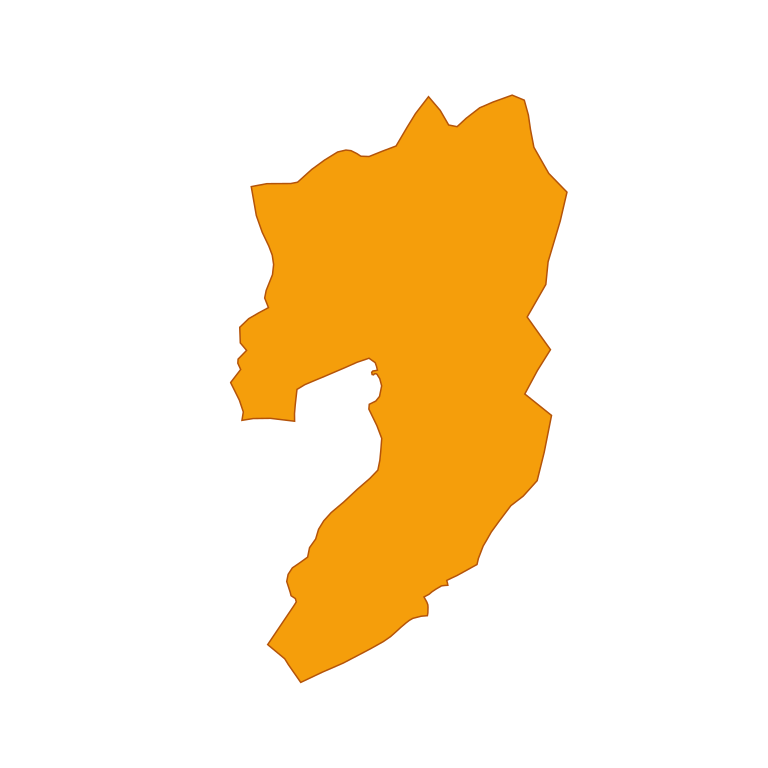 outline of Chanthabuly, Vientiane [prefecture], Laos, rotated 12°
{"feature_id": "54806243B69886470699230", "entity_name": "Chanthabuly", "entity_type": "district", "adm_level": 2, "iso_a3": "LAO", "parent_name": "Laos", "parent_adm1": "Vientiane [prefecture]", "projection": "mercator", "projection_center": [102.605, 17.997], "detail": "fine", "context": "isolated", "style": "filled", "palette": "amber", "viewbox_px": 768, "rotation_deg": 12, "n_neighbors": 0, "source": "geoboundaries", "source_scale": "gbopen_adm2", "svg_char_len": 2108}
<svg xmlns="http://www.w3.org/2000/svg" viewBox="0 0 768 768"><g transform="rotate(12 384 384)"><path d="M526.4,303.7L510.1,288.7L521.6,253.0L519.1,230.4L522.5,187.9L523.1,158.3L501.4,143.8L481.4,121.3L474.4,104.7L469.3,90.9L462.2,77.2L449.3,74.8L431.9,85.6L420.2,93.9L409.2,106.9L402.0,117.1L393.4,117.2L382.1,104.7L367.8,93.7L358.6,112.9L353.2,128.1L346.3,148.7L334.0,156.6L322.1,164.6L314.0,166.0L309.7,164.3L303.2,162.6L298.1,163.1L290.4,166.7L279.4,177.2L268.8,189.0L257.5,204.6L251.1,207.3L227.8,212.4L213.1,218.5L224.1,245.8L233.4,261.0L242.7,273.1L247.9,281.2L251.2,290.1L252.2,300.2L249.3,317.0L249.4,324.7L255.1,333.3L246.6,340.5L238.1,348.2L231.1,358.5L234.9,373.7L242.6,379.7L236.1,390.0L236.7,394.1L240.8,399.6L233.7,414.4L233.7,414.5L234.0,414.9L245.9,429.9L252.2,440.6L252.6,449.1L263.2,445.0L280.0,441.2L304.3,439.0L302.6,431.5L301.5,422.7L300.0,407.4L306.7,401.1L315.7,394.8L324.4,388.8L342.3,376.2L353.2,368.3L364.0,361.9L365.8,362.7L370.9,364.9L372.9,368.1L374.0,370.4L374.7,371.8L373.1,372.6L370.4,373.6L369.5,375.1L370.4,377.2L371.9,377.2L372.6,376.0L374.2,375.6L375.4,376.1L376.2,377.1L378.7,379.6L382.1,386.3L382.2,397.1L379.5,402.4L373.8,406.9L374.4,411.7L385.7,426.2L393.1,437.7L394.7,449.7L395.8,459.4L395.9,469.5L389.8,479.3L379.9,492.4L369.0,508.0L359.1,520.7L353.5,530.4L350.2,539.7L349.4,549.8L345.2,559.5L345.3,569.2L338.7,576.5L332.6,582.9L329.8,590.1L329.9,597.4L335.6,607.3L337.1,610.4L341.9,612.3L343.5,615.4L342.0,619.5L338.8,627.4L324.4,663.1L344.0,673.4L347.6,677.1L348.6,678.2L364.6,693.2L383.3,678.9L402.2,665.4L425.7,645.9L437.0,636.0L443.1,629.5L449.1,621.3L450.9,618.7L454.9,613.5L458.1,609.7L458.3,609.6L461.0,607.2L468.7,603.4L474.6,601.6L474.5,598.8L473.5,593.4L472.8,590.9L471.3,588.5L467.4,584.0L471.8,580.3L474.2,577.2L477.5,573.8L482.2,569.5L485.4,568.4L488.3,567.6L487.5,565.6L486.2,563.1L490.0,560.1L495.2,556.2L512.5,541.2L512.6,535.1L514.7,521.8L516.7,515.9L519.7,506.5L525.3,493.9L533.4,476.6L543.5,464.7L553.9,446.7L554.9,417.4L554.4,379.9L523.8,364.5L531.3,338.8L539.7,315.8L526.4,303.7Z" fill="#f59e0b" stroke="#b45309" stroke-width="1.5"/></g></svg>